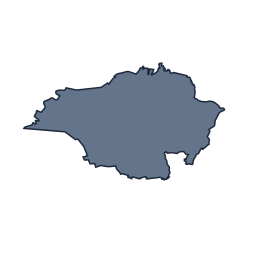 Momil, Córdoba, Colombia, rotated 67°
{"feature_id": "7082276B97277797661378", "entity_name": "Momil", "entity_type": "district", "adm_level": 2, "iso_a3": "COL", "parent_name": "Colombia", "parent_adm1": "Córdoba", "projection": "mercator", "projection_center": [-75.649, 9.257], "detail": "fine", "context": "isolated", "style": "filled", "palette": "slate", "viewbox_px": 256, "rotation_deg": 67, "n_neighbors": 0, "source": "geoboundaries", "source_scale": "gbopen_adm2", "svg_char_len": 5566}
<svg xmlns="http://www.w3.org/2000/svg" viewBox="0 0 256 256"><g transform="rotate(67 128 128)"><path d="M173.8,146.8L173.2,146.6L176.1,144.5L174.6,143.0L178.4,138.5L179.1,137.4L179.4,136.1L178.9,136.0L179.1,135.3L179.1,134.5L179.3,132.8L179.8,130.6L180.9,130.8L181.0,130.5L181.1,130.2L181.6,130.3L181.7,130.7L182.1,130.8L182.4,129.9L183.1,127.9L183.1,127.1L183.3,126.5L184.1,124.3L184.4,122.9L185.2,120.6L185.3,119.4L185.5,118.7L187.0,116.5L187.9,116.8L188.0,116.5L188.5,116.6L188.7,115.7L188.2,115.6L188.5,114.8L189.6,115.0L189.5,115.6L189.8,115.0L189.6,114.9L189.8,114.3L189.8,113.5L189.9,112.9L190.1,112.9L190.0,110.9L189.4,110.9L189.3,110.0L189.1,110.0L189.1,109.1L188.4,109.2L188.4,110.2L187.7,109.2L187.0,108.8L186.6,108.1L185.6,107.0L185.1,106.7L183.3,106.7L181.6,105.8L180.1,105.3L179.1,105.4L178.6,105.6L178.0,105.9L176.7,105.9L175.9,106.2L175.6,106.1L175.1,105.7L174.6,105.5L174.3,105.5L173.5,105.2L172.4,105.2L170.5,105.5L169.0,104.8L168.1,104.6L166.9,104.4L165.2,104.4L164.6,102.4L166.6,101.6L167.6,97.7L170.6,92.8L170.1,89.4L171.5,85.9L175.0,84.8L176.1,82.9L178.9,86.7L179.7,86.8L178.7,88.2L180.3,89.0L181.8,87.9L183.1,88.1L183.4,88.4L183.5,88.8L183.9,88.6L184.2,88.3L184.6,87.5L184.7,87.1L184.8,85.5L185.3,84.9L185.7,84.6L186.1,84.4L186.7,82.8L186.5,82.6L183.5,80.6L182.9,80.1L182.2,79.4L181.4,77.9L178.9,75.1L178.9,74.8L179.2,73.8L179.1,73.6L178.9,73.3L178.8,72.9L176.7,70.2L176.2,69.8L175.7,69.0L175.4,68.3L175.3,67.9L175.5,67.7L176.0,67.6L176.7,67.7L176.9,67.5L176.9,67.1L176.4,66.2L175.5,63.1L175.0,61.9L174.7,61.1L174.7,60.7L174.8,60.0L174.7,59.8L173.7,59.4L172.6,59.1L170.9,57.9L170.2,57.6L169.8,57.6L169.3,57.7L167.9,58.3L167.3,58.4L167.0,58.2L166.3,57.6L165.1,55.9L164.3,55.4L163.1,54.1L162.8,53.9L162.4,53.8L160.9,54.0L160.5,51.7L160.1,48.9L159.8,47.8L159.7,47.5L159.5,47.3L158.2,46.6L156.6,45.6L155.7,45.2L155.1,44.8L154.3,43.7L153.1,42.3L149.7,38.2L149.5,37.5L149.3,36.3L149.2,34.9L149.2,33.0L149.1,32.4L148.9,32.1L148.5,32.0L148.0,32.0L147.7,32.2L147.3,32.6L146.6,32.9L146.5,33.9L146.3,34.6L146.2,34.8L145.8,35.0L145.0,35.8L144.7,35.9L144.4,35.6L143.7,35.9L143.1,35.9L142.6,36.1L142.1,36.4L141.6,36.5L140.9,37.0L139.4,37.6L136.9,39.5L136.0,41.1L135.2,42.2L135.0,43.2L134.7,45.2L134.1,46.5L133.8,47.4L133.4,47.8L133.2,48.5L132.8,49.2L132.4,49.9L132.2,50.2L131.9,50.6L131.4,51.0L130.7,52.0L130.1,52.5L128.5,53.3L127.7,54.0L127.0,54.6L126.6,55.0L125.9,55.2L124.7,54.3L122.6,53.1L121.6,52.4L121.2,52.2L120.2,52.0L119.3,51.8L118.3,51.6L116.3,50.4L116.1,50.4L114.6,50.3L113.5,50.5L113.4,50.6L113.5,51.1L113.2,51.1L113.1,51.6L111.7,51.5L111.1,51.2L110.5,51.2L110.2,51.9L109.8,51.8L109.7,51.6L109.5,51.8L109.0,51.7L109.1,51.3L108.8,51.3L108.6,51.3L108.4,51.4L108.4,51.6L108.3,51.4L107.6,51.4L106.8,51.3L105.6,51.3L104.7,52.7L103.8,53.9L103.6,53.7L103.9,53.3L103.2,53.2L102.9,53.3L100.0,57.2L99.2,58.2L97.5,60.6L95.0,63.9L94.9,64.1L94.8,64.6L94.4,67.3L94.0,67.4L92.4,67.3L91.5,67.0L90.8,67.4L90.0,68.0L89.7,68.4L89.7,68.5L90.7,68.9L90.9,69.1L90.7,69.5L90.4,69.8L90.4,70.9L90.2,71.0L89.4,71.0L89.5,72.3L88.7,72.2L87.6,72.0L87.4,71.6L87.7,70.7L87.3,70.7L87.0,71.2L86.6,71.3L84.6,71.3L84.3,72.6L84.2,72.6L83.5,72.5L82.9,72.3L82.3,71.8L81.6,71.5L81.0,73.2L80.9,73.8L81.0,74.0L81.6,74.3L81.5,74.7L82.6,74.8L85.0,75.2L85.0,75.4L84.6,76.1L84.6,76.3L84.7,76.5L87.0,78.2L87.2,78.5L87.9,80.6L88.0,81.4L88.2,81.5L88.5,81.8L88.3,85.6L86.8,84.6L87.2,83.9L84.2,81.5L82.2,84.9L84.3,86.4L86.7,87.9L86.3,88.7L84.1,87.7L81.5,86.2L81.4,86.2L81.0,86.3L80.6,86.8L79.7,88.8L79.5,89.6L79.6,90.9L79.1,90.4L78.5,89.8L77.9,89.7L77.4,89.7L77.2,89.9L77.2,90.2L77.3,90.5L77.8,91.2L77.9,91.7L77.6,93.3L79.7,95.7L81.5,99.5L80.3,100.9L76.8,104.8L75.9,105.9L75.7,106.8L75.1,110.0L75.0,111.9L74.7,112.7L74.6,113.8L74.3,114.8L74.1,116.4L74.1,117.4L75.0,120.4L75.7,119.8L76.2,119.6L76.3,121.2L76.6,122.3L76.8,122.9L80.2,128.5L78.6,129.1L80.1,136.8L73.0,160.5L66.9,169.2L67.1,169.3L68.0,170.6L68.3,171.4L68.3,171.9L68.0,173.0L67.5,174.0L66.8,175.2L66.4,176.2L66.0,178.1L65.9,179.2L66.1,180.0L66.5,180.3L67.5,180.7L68.4,180.6L69.2,180.3L69.6,180.1L70.3,179.4L71.0,178.4L71.2,178.2L71.6,178.2L71.9,178.4L72.2,178.7L72.5,179.7L72.7,180.1L72.9,180.3L73.7,180.7L73.9,180.9L74.1,181.6L74.1,182.3L74.0,183.0L73.8,183.5L73.6,183.8L73.1,184.2L71.6,185.1L70.7,186.1L70.5,186.6L70.4,187.5L70.8,189.3L70.9,190.0L70.7,193.7L70.9,194.6L71.2,195.3L71.8,195.7L72.5,195.9L73.5,196.0L75.5,195.8L76.3,196.0L76.7,196.3L77.2,197.1L79.3,201.1L79.5,201.8L79.4,202.1L79.0,202.5L77.8,203.7L76.7,204.6L76.5,204.8L76.5,205.1L76.6,205.4L77.0,205.9L78.1,206.4L78.6,206.8L79.1,207.6L79.6,208.5L80.2,209.2L80.6,209.4L81.0,209.6L82.7,208.6L84.0,207.6L84.8,207.2L86.2,207.1L86.4,207.1L86.6,207.2L86.6,207.6L86.6,208.0L86.4,208.2L86.1,208.6L85.1,209.4L84.9,209.8L84.9,210.1L85.1,210.4L85.5,210.6L87.1,210.6L87.8,210.7L88.1,210.9L88.3,211.2L88.3,211.6L88.1,211.9L87.6,212.3L86.5,212.8L86.2,213.1L86.1,213.3L86.1,213.6L86.3,213.9L87.4,214.7L87.7,214.9L87.7,215.1L87.4,217.5L87.2,220.3L87.0,221.0L86.9,222.1L87.1,223.2L87.7,224.0L106.9,187.5L118.0,181.0L118.8,178.4L127.3,176.1L129.0,175.9L131.6,176.0L132.9,176.1L134.1,175.9L134.5,176.0L135.7,176.3L136.3,176.3L136.9,176.3L137.8,176.2L137.1,180.7L140.5,180.5L141.8,177.0L146.2,176.9L147.7,172.6L151.5,173.0L151.6,171.7L151.7,168.8L152.2,167.1L152.6,166.5L154.0,164.6L155.9,161.1L156.4,160.0L157.0,158.1L158.1,154.1L159.8,154.5L161.0,154.5L162.4,154.2L165.1,153.2L166.2,152.9L166.9,152.9L167.7,152.8L167.8,151.8L167.9,151.1L168.1,150.8L168.8,150.0L170.1,148.2L171.1,147.2L171.8,146.2L173.0,147.4L173.8,146.8Z" fill="#64748b" stroke="#1e293b" stroke-width="1.5"/></g></svg>